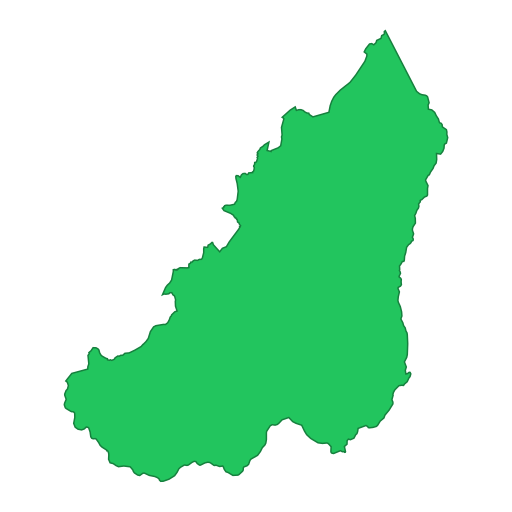 the district of Kirehe, Eastern, Rwanda
{"feature_id": "39286606B14634167117771", "entity_name": "Kirehe", "entity_type": "district", "adm_level": 2, "iso_a3": "RWA", "parent_name": "Rwanda", "parent_adm1": "Eastern", "projection": "natural_earth1", "projection_center": [30.661, -2.196], "detail": "fine", "context": "isolated", "style": "filled", "palette": "green", "viewbox_px": 512, "rotation_deg": 0, "n_neighbors": 0, "source": "geoboundaries", "source_scale": "gbopen_adm2", "svg_char_len": 6059}
<svg xmlns="http://www.w3.org/2000/svg" viewBox="0 0 512 512"><path d="M236.0,178.7L237.2,183.5L238.2,191.2L237.2,199.4L236.5,201.4L235.3,202.4L234.6,204.2L229.9,205.3L226.1,205.2L224.6,205.7L224.3,206.5L223.7,206.8L223.7,207.5L222.3,208.2L224.0,210.6L230.7,213.4L233.4,215.2L234.4,217.0L235.1,217.4L235.3,218.0L235.8,217.9L236.6,219.3L237.1,219.4L237.6,222.0L238.9,222.9L239.6,224.6L240.6,225.7L240.0,227.0L239.7,226.9L239.8,227.3L238.7,229.2L229.3,241.8L226.4,246.7L222.4,248.3L219.7,251.8L213.4,244.8L212.6,242.5L212.0,242.4L210.3,244.0L208.1,245.2L207.8,247.1L207.5,247.4L204.1,247.0L203.7,248.7L203.7,252.7L202.3,258.2L201.5,259.3L199.3,259.4L197.6,260.4L194.7,260.1L193.1,260.9L192.2,262.0L190.7,262.2L190.5,263.2L188.9,264.1L188.8,267.6L187.3,267.9L180.1,267.7L178.2,268.7L178.0,269.4L177.0,270.0L176.9,269.4L175.2,270.0L174.8,269.4L173.3,269.7L173.3,271.6L171.6,280.0L169.7,283.0L167.3,285.2L165.6,287.5L162.5,294.7L164.0,294.0L165.8,294.2L168.8,293.8L169.9,292.7L171.8,292.7L173.0,294.9L174.3,295.7L174.9,297.1L175.6,299.9L175.3,301.5L175.5,306.2L177.1,311.0L174.8,311.8L171.6,314.9L171.3,316.0L170.2,317.1L169.4,319.6L167.7,322.8L165.4,324.5L163.5,324.4L155.9,325.7L153.6,326.9L150.4,331.6L148.3,338.4L145.9,341.7L143.7,343.9L143.1,344.8L143.3,345.0L142.8,344.6L141.2,346.5L134.8,350.2L129.2,352.9L124.9,353.3L122.7,355.3L120.7,355.3L119.3,356.2L117.8,356.0L115.0,357.9L114.4,359.2L111.8,360.4L110.3,359.8L109.4,360.3L107.5,359.8L107.4,358.7L105.9,358.3L102.4,356.3L101.2,355.4L99.7,353.0L98.9,350.0L98.0,348.9L96.0,347.8L93.1,347.7L91.0,350.8L88.9,352.6L89.3,353.5L88.0,355.4L88.8,363.9L87.9,366.6L87.7,369.1L71.8,373.4L65.8,381.0L67.3,382.2L68.4,385.6L67.4,389.2L66.1,390.5L64.7,394.1L64.8,395.4L66.2,399.3L64.6,403.2L64.3,404.8L65.3,407.7L66.1,408.5L70.8,411.3L71.7,411.7L73.2,411.7L74.4,412.6L74.7,413.8L74.8,417.5L73.7,423.4L75.2,427.2L78.0,429.2L81.6,429.9L84.3,428.9L86.3,427.0L87.9,427.3L88.7,427.9L90.1,431.9L90.8,436.8L91.8,438.3L93.2,438.8L95.3,438.6L96.3,439.2L98.7,442.6L100.2,445.4L102.0,447.1L106.7,450.1L106.8,450.8L107.5,450.8L107.9,451.2L108.6,453.0L108.8,454.9L108.6,459.3L110.1,462.8L113.2,463.6L116.1,465.6L118.5,466.7L123.8,466.0L130.2,466.8L132.8,469.9L133.4,471.5L134.4,472.9L137.6,475.0L139.7,475.5L142.9,473.2L144.4,473.1L149.3,475.4L154.8,476.5L157.4,477.6L159.0,478.8L159.5,480.1L160.7,481.3L163.3,481.2L169.0,479.2L174.6,475.7L177.0,472.4L178.9,468.7L180.6,467.2L184.4,465.0L187.0,465.4L188.4,465.0L192.1,462.3L194.2,461.3L195.9,461.6L197.2,463.5L199.5,465.1L200.5,465.1L204.9,462.9L207.9,462.2L210.1,462.6L213.9,465.3L214.9,465.5L215.8,465.1L219.7,466.5L222.7,466.0L223.4,467.0L224.3,469.4L226.0,471.8L228.1,472.5L232.9,475.4L237.9,475.1L238.8,474.7L242.6,471.2L243.2,470.0L243.3,467.9L243.9,466.9L247.0,465.8L248.6,464.3L250.0,460.3L251.1,459.0L257.6,455.3L260.4,451.5L262.3,447.7L264.8,445.1L265.8,443.1L266.4,439.5L266.4,432.5L266.7,431.2L270.2,425.8L272.1,424.7L275.1,425.1L277.2,424.5L278.6,423.5L282.1,419.8L288.8,417.5L292.7,421.6L296.0,423.3L301.7,425.2L304.5,431.1L306.7,434.7L310.8,438.5L318.0,442.8L322.5,443.4L326.7,443.0L327.7,443.2L328.9,444.2L331.1,446.7L330.9,451.5L331.2,452.6L332.0,453.2L333.6,453.5L340.4,450.7L342.3,451.7L344.3,451.7L344.6,452.3L345.3,452.2L345.5,451.7L344.4,446.5L347.0,444.2L347.1,440.7L348.4,439.1L350.4,439.7L353.9,438.2L355.8,434.6L356.9,433.7L357.6,431.7L358.1,428.4L366.0,425.5L367.7,426.6L368.3,427.6L369.4,427.8L373.0,427.4L376.4,426.4L377.6,425.3L380.2,421.1L383.9,418.0L384.9,415.2L389.1,410.1L392.9,403.9L392.9,402.1L392.0,399.9L392.0,399.3L393.1,395.3L392.9,394.3L393.5,392.3L394.8,389.9L398.9,385.7L402.0,385.2L403.3,385.5L403.8,385.1L404.4,384.1L407.2,381.7L408.9,378.0L410.0,376.7L410.8,373.9L410.1,372.4L409.2,372.3L407.3,373.7L405.9,374.0L405.3,370.3L406.3,367.0L404.4,361.9L406.7,357.4L407.3,354.6L407.7,343.7L407.3,334.7L407.0,332.9L405.9,330.9L405.2,327.9L403.6,325.6L402.8,322.7L401.0,319.3L401.0,318.5L401.9,316.0L401.6,311.9L400.3,306.6L398.3,302.2L397.9,300.4L398.3,296.6L399.4,291.9L398.0,288.6L398.2,287.4L400.5,286.1L401.4,284.7L401.1,281.9L401.3,279.5L400.8,278.4L399.1,276.9L399.1,276.3L400.5,273.3L400.1,271.7L399.4,270.6L399.7,269.5L399.5,265.9L400.6,264.6L402.4,261.5L403.8,261.4L404.3,260.3L404.6,256.1L405.7,252.7L406.6,247.3L408.6,244.6L410.0,243.7L411.0,242.6L411.5,241.3L412.9,240.6L413.2,240.0L413.2,238.9L412.4,237.3L413.6,233.9L412.5,230.6L412.4,229.0L413.0,226.8L415.4,223.1L415.3,218.4L414.6,215.6L415.8,213.4L416.8,210.4L418.4,208.1L418.9,206.3L418.6,203.9L420.3,201.8L420.1,200.6L420.4,200.2L421.7,199.7L424.5,197.0L426.8,196.1L427.5,195.0L427.5,188.5L428.0,185.6L425.7,180.9L425.6,179.8L428.2,175.3L429.3,174.8L430.5,172.1L433.0,168.5L434.1,165.7L436.1,163.1L436.7,159.5L436.5,153.5L440.6,154.1L442.7,151.5L444.0,148.2L444.2,145.1L444.6,144.1L446.4,143.1L447.7,137.6L446.8,134.4L446.9,132.0L446.4,129.7L442.4,126.9L442.1,124.6L441.2,123.3L439.8,122.9L439.2,121.9L438.4,119.0L436.2,115.6L434.7,112.4L431.8,109.9L428.4,109.2L428.1,105.0L429.1,102.8L427.6,96.9L426.6,95.8L425.2,95.2L421.9,94.7L419.6,93.8L416.6,91.4L385.3,30.7L384.3,31.5L384.4,33.7L383.8,34.5L381.7,35.6L381.0,38.4L376.7,40.4L376.0,42.7L373.8,44.8L371.7,43.6L369.5,44.0L365.8,48.7L364.2,51.9L366.9,54.1L366.8,56.2L364.9,61.3L355.8,75.0L350.0,82.4L340.4,90.0L335.8,94.6L333.8,97.2L331.7,101.3L330.2,105.7L328.9,112.3L312.9,116.9L309.3,114.5L308.8,113.2L306.9,113.0L304.8,111.9L303.2,110.5L301.0,109.7L298.8,109.7L296.4,110.4L295.2,106.9L290.2,110.1L282.3,117.2L283.2,117.5L283.3,118.4L283.9,118.8L281.5,127.4L282.1,135.1L281.5,136.9L281.9,139.0L280.7,145.8L278.2,147.8L271.2,150.6L271.1,151.5L267.1,150.5L268.9,142.1L264.4,144.8L263.2,146.1L260.4,148.0L259.8,149.5L257.9,151.6L257.2,152.9L258.0,153.8L257.1,155.0L258.0,156.2L257.1,157.4L257.6,158.3L256.6,161.4L255.8,162.4L254.7,162.5L254.6,164.4L253.7,165.8L253.7,166.6L254.3,167.3L254.1,169.2L253.6,171.1L252.5,172.0L252.6,172.6L248.7,172.9L247.9,174.4L246.8,174.6L245.1,173.4L243.0,173.6L241.4,174.9L240.3,177.3L238.0,175.7L236.3,175.6L235.8,176.5L236.0,178.7Z" fill="#22c55e" stroke="#15803d" stroke-width="1.5"/></svg>